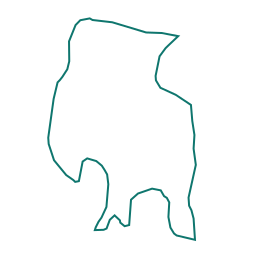 Samayac, Suchitepéquez, Guatemala, rotated 6°
{"feature_id": "79465075B7655458484390", "entity_name": "Samayac", "entity_type": "district", "adm_level": 2, "iso_a3": "GTM", "parent_name": "Guatemala", "parent_adm1": "Suchitepéquez", "projection": "natural_earth1", "projection_center": [-91.468, 14.571], "detail": "fine", "context": "isolated", "style": "outline", "palette": "teal", "viewbox_px": 256, "rotation_deg": 6, "n_neighbors": 0, "source": "geoboundaries", "source_scale": "gbopen_adm2", "svg_char_len": 984}
<svg xmlns="http://www.w3.org/2000/svg" viewBox="0 0 256 256"><g transform="rotate(6 128 128)"><path d="M105.7,233.0L114.4,231.8L117.2,230.2L119.5,221.2L123.8,216.3L129.6,220.7L130.2,222.9L134.9,226.0L139.3,224.4L138.5,199.0L144.8,192.1L158.3,185.8L167.1,186.6L171.0,192.0L173.9,193.4L176.8,197.7L177.5,212.3L180.6,222.6L184.8,228.1L187.6,229.8L206.3,232.2L202.7,211.2L199.7,203.2L196.9,198.9L195.5,190.9L199.3,157.6L195.4,141.7L194.8,128.0L191.2,114.3L188.2,98.5L172.0,90.0L156.0,84.6L150.8,77.7L150.0,73.3L151.9,53.4L157.0,44.7L159.4,41.8L161.2,39.7L168.3,31.4L151.7,30.0L136.0,31.1L101.3,24.5L81.4,24.3L78.5,23.0L69.3,25.8L65.1,31.1L60.3,48.0L62.6,67.8L61.5,75.9L57.4,84.0L55.2,87.5L53.2,90.0L51.0,106.8L49.7,146.0L50.8,152.2L57.8,167.8L71.5,181.3L79.1,185.5L81.1,187.1L84.7,186.0L86.4,166.1L90.6,162.5L99.9,164.2L105.9,168.2L109.1,172.2L112.1,176.4L114.3,186.0L114.8,208.8L111.0,219.9L108.5,224.3L106.3,230.1L105.7,233.0Z" fill="none" stroke="#0f766e" stroke-width="2"/></g></svg>